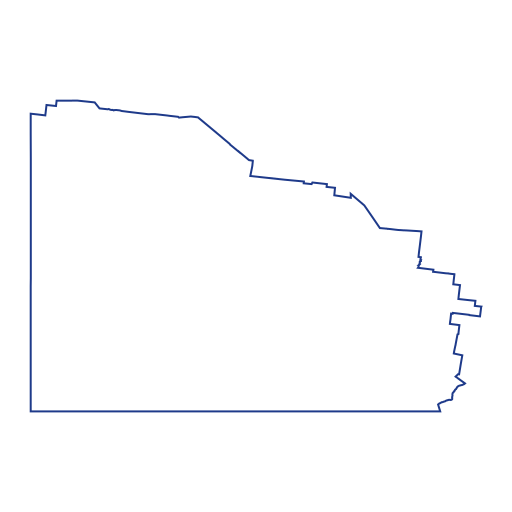 the district of Bulloo, Queensland, Australia
{"feature_id": "25037944B79296808644120", "entity_name": "Bulloo", "entity_type": "district", "adm_level": 2, "iso_a3": "AUS", "parent_name": "Australia", "parent_adm1": "Queensland", "projection": "mercator", "projection_center": [143.553, -27.831], "detail": "fine", "context": "isolated", "style": "outline", "palette": "blue", "viewbox_px": 512, "rotation_deg": 0, "n_neighbors": 0, "source": "geoboundaries", "source_scale": "gbopen_adm2", "svg_char_len": 4498}
<svg xmlns="http://www.w3.org/2000/svg" viewBox="0 0 512 512"><path d="M440.2,411.4L439.9,410.4L438.7,406.5L438.1,404.5L438.3,404.4L438.9,403.8L439.1,403.6L439.9,403.3L440.1,403.1L440.4,403.0L440.8,402.8L441.3,402.4L441.8,402.2L442.4,402.2L443.0,402.0L443.6,401.7L444.0,401.6L444.5,401.5L444.8,401.4L445.3,401.2L445.5,401.0L446.0,400.7L446.5,400.5L446.8,400.4L447.1,400.4L447.4,400.2L447.9,400.1L448.1,400.1L448.6,399.9L449.0,399.8L449.3,399.8L450.0,399.9L450.3,400.0L450.5,399.9L451.1,399.9L451.4,399.8L451.7,399.6L452.0,399.4L452.2,399.1L452.2,397.6L452.1,397.4L452.1,397.1L452.2,396.7L452.3,396.4L452.4,396.0L452.5,395.6L452.5,395.4L452.4,395.0L452.4,394.6L452.5,393.8L452.6,393.3L452.7,393.0L453.0,392.7L453.5,392.4L453.6,392.2L453.7,391.7L453.8,391.5L454.1,391.3L454.4,391.2L454.5,391.0L454.5,390.9L454.6,390.6L454.8,390.3L455.0,390.0L455.2,389.6L455.5,389.4L455.9,389.2L456.1,389.0L456.2,388.7L456.4,388.4L456.6,388.2L456.8,387.7L456.9,387.4L457.2,387.1L457.5,386.9L457.9,386.4L458.2,386.2L459.0,385.8L459.5,385.6L460.2,385.5L460.6,385.3L462.1,385.0L462.6,384.8L463.0,384.6L464.0,384.2L464.4,383.9L465.0,383.4L460.8,380.4L455.6,376.6L458.1,374.2L459.1,374.3L460.9,363.3L462.3,355.3L453.8,353.5L454.1,351.6L454.5,349.7L454.9,347.8L455.3,345.9L455.6,344.8L455.6,344.5L457.5,334.4L458.3,334.1L458.5,333.9L458.4,333.7L459.4,325.1L449.9,323.9L450.1,321.9L450.5,319.3L451.1,313.6L452.6,313.8L452.8,312.9L469.1,314.8L469.3,315.1L480.0,316.4L480.7,310.9L481.2,306.8L481.3,306.6L474.8,305.9L475.4,300.8L468.5,300.1L458.4,299.0L458.9,294.2L460.0,285.1L457.5,284.8L453.3,284.3L453.8,279.6L454.4,274.5L454.4,274.2L451.3,273.9L448.4,273.5L448.3,273.4L448.1,273.4L447.9,273.4L447.7,273.4L445.9,273.3L435.1,272.0L433.1,271.8L433.4,269.7L418.0,267.8L418.3,267.4L418.5,267.2L418.5,266.4L418.6,266.1L418.7,265.9L418.7,265.5L419.0,265.0L419.1,264.9L418.9,264.9L419.1,264.7L419.3,264.8L419.5,264.6L419.6,264.4L419.7,264.2L419.5,263.8L419.6,263.7L419.8,263.2L419.7,263.0L419.7,262.8L419.9,262.6L419.9,262.3L419.7,261.9L419.8,261.6L420.1,261.2L420.4,261.2L420.5,261.0L420.9,261.0L420.9,260.8L420.8,260.4L421.0,260.0L420.4,259.8L420.4,259.6L420.5,259.1L420.5,258.8L420.6,258.6L420.6,258.2L420.8,257.7L420.9,257.4L420.9,257.2L418.5,256.9L419.0,252.2L419.8,245.9L420.9,236.9L421.5,231.4L417.7,231.1L406.0,230.4L403.3,230.3L400.5,230.1L398.3,230.0L394.8,229.6L390.7,229.1L388.7,228.9L387.9,228.8L387.7,228.9L387.4,228.8L387.0,228.7L386.8,228.7L386.6,228.7L386.4,228.6L385.6,228.6L384.9,228.5L383.5,228.4L382.5,228.3L381.6,228.2L379.9,228.1L372.8,217.7L364.3,205.4L350.7,193.8L350.8,197.8L334.3,195.3L335.0,187.8L326.6,186.9L326.9,184.1L312.4,182.5L311.6,184.1L303.7,183.3L303.9,181.5L284.6,179.7L250.3,176.0L251.9,168.1L252.3,166.0L252.5,164.1L252.8,161.3L252.8,160.7L249.0,160.1L247.9,159.2L247.7,159.0L239.2,151.9L239.2,152.1L230.1,144.6L229.8,144.0L224.2,139.3L216.6,132.9L198.6,117.9L198.1,117.4L194.4,116.9L191.5,116.6L191.0,116.5L183.0,117.2L179.0,117.6L178.1,116.8L169.3,115.8L167.2,115.5L154.8,114.1L148.1,114.2L132.1,112.3L127.9,111.8L124.9,111.4L121.7,111.0L119.8,110.4L116.2,110.0L114.3,110.1L113.8,110.4L113.5,110.3L112.8,109.9L112.5,109.9L112.2,110.0L111.1,109.9L109.9,109.6L108.8,109.0L107.8,109.3L99.5,108.4L94.7,102.4L77.4,100.6L60.8,100.7L56.6,100.7L56.0,106.0L46.5,105.0L45.3,115.4L38.0,114.5L30.7,113.7L30.7,133.1L30.7,133.8L30.8,158.7L30.8,170.3L30.8,182.8L30.8,189.5L30.8,213.3L30.8,225.7L30.8,231.5L30.8,231.9L30.8,261.0L30.8,266.8L30.8,278.4L30.7,286.1L30.7,286.9L30.7,289.7L30.7,297.8L30.7,313.7L30.7,326.1L30.7,335.4L30.7,339.1L30.7,344.0L30.7,349.6L30.7,369.9L30.7,411.4L32.7,411.4L36.1,411.4L43.9,411.4L54.3,411.4L55.9,411.4L66.1,411.4L74.8,411.4L84.1,411.4L89.6,411.4L94.0,411.4L100.3,411.4L101.4,411.4L106.0,411.4L113.1,411.4L124.9,411.4L136.7,411.4L138.4,411.4L139.2,411.4L142.9,411.4L144.8,411.4L146.8,411.4L148.4,411.4L150.6,411.4L160.4,411.4L162.3,411.4L164.3,411.4L168.1,411.4L171.0,411.4L176.5,411.4L179.6,411.4L183.7,411.4L195.5,411.4L207.2,411.4L219.0,411.4L219.4,411.4L230.8,411.4L231.6,411.4L242.5,411.4L254.3,411.4L255.6,411.4L266.1,411.4L286.8,411.4L292.6,411.4L300.3,411.4L302.2,411.4L308.0,411.4L313.1,411.4L319.2,411.4L324.9,411.4L336.6,411.4L337.1,411.4L346.9,411.4L354.3,411.4L358.6,411.4L366.1,411.4L377.6,411.4L383.7,411.4L387.2,411.4L389.6,411.4L393.5,411.4L395.4,411.4L397.4,411.4L403.3,411.4L406.7,411.4L407.1,411.4L413.1,411.4L422.7,411.4L426.1,411.4L429.9,411.4L431.7,411.4L432.5,411.4L435.9,411.4L440.2,411.4Z" fill="none" stroke="#1e3a8a" stroke-width="2"/></svg>